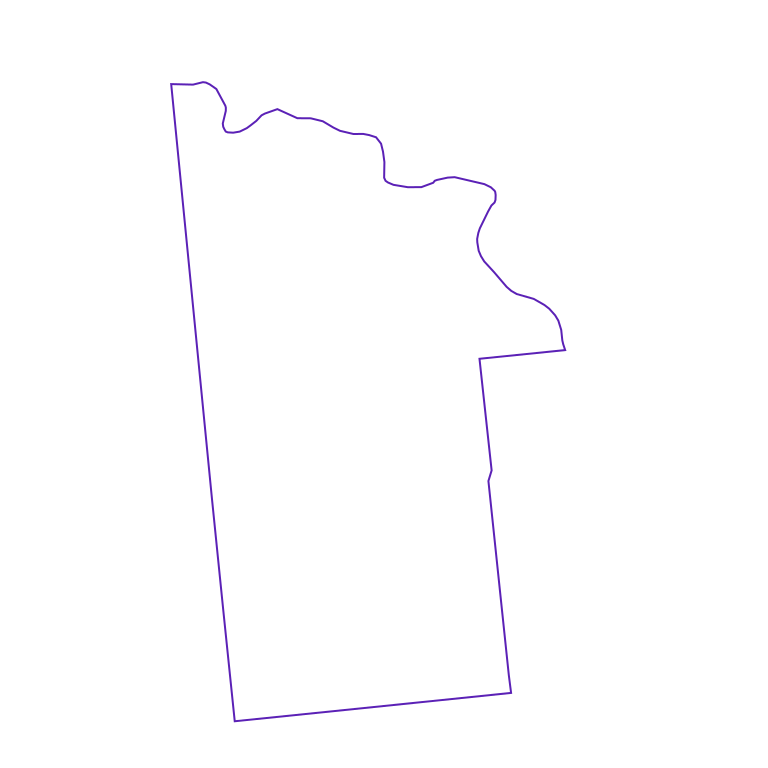 Dixon, Nebraska, United States of America (orthographic projection), rotated 354°
{"feature_id": "52423323B39829047876062", "entity_name": "Dixon", "entity_type": "district", "adm_level": 2, "iso_a3": "USA", "parent_name": "United States of America", "parent_adm1": "Nebraska", "projection": "orthographic", "projection_center": [-96.803, 42.513], "detail": "fine", "context": "isolated", "style": "outline", "palette": "violet", "viewbox_px": 768, "rotation_deg": 354, "n_neighbors": 0, "source": "geoboundaries", "source_scale": "gbopen_adm2", "svg_char_len": 1188}
<svg xmlns="http://www.w3.org/2000/svg" viewBox="0 0 768 768"><g transform="rotate(354 384 384)"><path d="M386.4,704.3L478.1,704.5L477.7,686.6L477.7,683.5L477.7,491.4L482.0,481.2L481.6,368.9L567.7,369.2L566.4,363.2L565.9,359.3L565.9,348.7L564.0,339.2L561.4,333.6L556.2,326.4L551.8,322.2L541.8,315.0L525.4,308.4L520.3,304.7L516.1,300.2L505.1,284.2L496.5,272.6L493.8,267.0L492.1,261.4L491.6,252.9L491.8,249.5L493.6,243.6L495.6,239.2L505.5,223.4L509.5,217.7L512.9,215.1L514.1,212.6L514.8,207.7L514.7,204.7L514.2,203.4L510.8,199.5L504.7,195.7L475.9,185.7L468.9,185.4L458.0,186.6L455.7,187.2L454.0,189.0L441.8,192.1L428.4,190.8L414.2,186.9L409.0,184.0L406.8,182.1L405.7,178.9L407.6,163.3L407.3,152.8L406.2,144.7L401.9,137.8L395.3,134.9L389.4,133.1L379.8,132.2L366.7,127.6L360.5,123.7L350.6,116.3L338.9,112.1L325.6,110.6L306.7,99.5L293.8,102.6L290.3,104.0L284.5,109.0L278.4,112.8L274.3,115.2L266.9,117.9L260.3,118.3L254.9,117.4L253.0,116.4L251.9,114.0L251.0,111.4L250.9,108.1L255.2,95.9L255.6,92.6L255.3,90.7L248.1,73.1L242.0,67.8L238.4,65.6L235.5,64.9L225.4,66.3L203.7,63.5L200.9,480.4L200.5,591.9L200.3,703.8L385.8,704.3L386.4,704.3Z" fill="none" stroke="#5b21b6" stroke-width="2"/></g></svg>